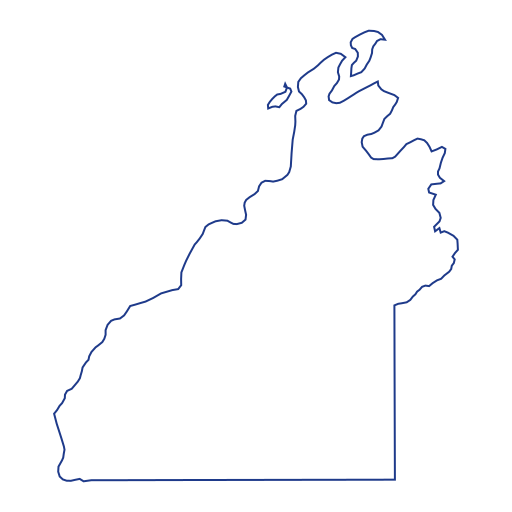 Icatu, Maranhão, Brazil
{"feature_id": "56859067B15059042141661", "entity_name": "Icatu", "entity_type": "district", "adm_level": 2, "iso_a3": "BRA", "parent_name": "Brazil", "parent_adm1": "Maranhão", "projection": "albers", "projection_center": [-43.84, -2.589], "detail": "fine", "context": "isolated", "style": "outline", "palette": "blue", "viewbox_px": 512, "rotation_deg": 0, "n_neighbors": 0, "source": "geoboundaries", "source_scale": "gbopen_adm2", "svg_char_len": 3836}
<svg xmlns="http://www.w3.org/2000/svg" viewBox="0 0 512 512"><path d="M83.6,481.3L91.4,480.2L96.2,480.2L101.8,480.2L110.0,480.2L114.3,480.2L196.8,480.0L207.8,480.0L320.1,479.8L327.1,479.8L384.0,479.7L394.9,479.7L394.5,348.1L394.5,343.7L394.4,305.4L398.2,303.8L401.5,303.3L406.7,302.3L410.3,299.9L412.8,296.6L415.4,294.3L417.1,291.6L419.5,289.8L422.1,286.8L425.4,285.6L429.1,286.1L432.7,283.1L437.1,280.3L441.1,278.8L444.4,275.4L449.2,271.7L451.2,269.0L451.8,265.7L453.8,263.1L454.7,259.4L452.5,256.7L455.0,253.0L457.9,249.8L457.6,243.5L457.3,239.7L453.5,235.8L447.8,232.6L444.3,231.2L440.7,232.6L439.4,228.1L435.1,231.3L434.1,226.8L439.5,221.4L440.7,217.9L439.4,212.9L435.5,208.9L433.1,204.9L433.4,200.0L435.8,194.7L429.1,192.5L428.3,188.8L431.3,184.4L437.4,183.7L440.6,183.4L444.1,181.1L439.9,177.8L438.0,174.6L438.0,171.5L439.5,168.4L440.9,162.7L442.6,157.7L444.8,153.1L445.4,148.9L441.9,146.9L436.6,149.5L431.6,151.4L429.5,146.8L427.1,143.0L424.3,140.3L421.1,139.3L417.5,138.6L414.3,140.1L410.2,142.3L406.4,144.1L403.9,147.1L400.4,150.8L397.1,154.5L395.1,156.7L392.4,158.2L387.8,158.5L383.4,159.0L378.8,159.3L373.6,159.1L371.1,157.6L368.7,154.2L366.1,150.8L362.6,146.7L361.7,142.2L362.3,138.6L363.9,136.2L367.4,134.7L371.3,134.0L374.4,132.7L378.5,130.4L381.5,126.6L382.9,122.8L384.4,118.9L387.3,116.1L390.1,113.8L391.9,110.4L393.3,107.0L395.2,104.5L396.7,102.1L398.1,97.9L394.4,95.1L388.2,92.8L383.9,91.1L381.3,89.3L378.3,85.5L377.8,81.5L373.8,83.5L370.4,85.4L367.0,87.1L359.0,91.2L356.3,92.8L353.6,94.6L350.9,96.3L347.8,98.3L343.7,100.8L339.8,102.8L336.3,103.2L332.4,102.4L329.1,100.1L328.6,96.4L329.5,93.7L331.9,90.5L334.3,86.0L336.9,83.1L339.0,79.5L339.2,76.5L337.9,72.2L338.4,67.5L340.1,64.2L342.1,60.7L345.4,57.2L340.8,53.8L336.0,52.8L332.0,54.6L327.8,57.1L324.0,59.7L320.5,62.8L318.0,65.3L313.9,68.7L308.0,72.4L304.3,75.3L300.9,78.2L298.3,81.9L297.9,87.0L299.0,91.5L301.9,94.2L304.2,97.3L305.9,100.4L306.2,103.7L303.5,106.8L300.5,108.9L296.4,110.9L295.2,115.9L295.4,121.6L295.2,125.3L294.2,131.9L292.7,139.6L291.6,152.9L290.8,166.5L289.2,172.1L287.4,174.9L282.2,179.2L277.4,180.7L273.1,181.6L270.0,181.1L265.2,180.8L261.5,182.7L259.1,186.3L257.9,191.0L254.6,194.1L249.6,197.2L246.2,199.9L244.7,202.6L244.2,205.7L245.1,210.3L246.1,214.8L245.5,219.6L241.8,222.8L236.8,224.1L233.4,223.9L230.6,222.5L227.4,220.7L221.6,220.2L215.5,221.3L211.4,223.1L208.6,224.4L205.4,227.0L204.1,230.3L202.7,234.0L199.7,238.5L196.7,242.3L194.7,244.5L189.7,253.6L186.2,260.6L184.3,265.0L181.4,272.4L181.1,279.1L181.2,285.2L178.2,289.1L172.3,290.1L161.1,293.4L153.1,298.0L145.5,301.6L140.6,303.0L135.3,304.6L130.2,306.0L126.8,311.5L124.1,315.4L120.0,318.5L114.5,319.4L111.1,320.8L107.6,324.8L105.6,330.1L105.6,334.8L104.3,338.8L102.3,342.1L98.1,345.5L95.6,347.3L91.5,351.9L89.2,356.3L88.5,359.8L86.0,362.4L82.6,367.4L81.8,371.4L80.7,375.1L79.9,378.2L77.8,381.6L74.6,385.4L71.7,388.8L67.1,390.9L65.0,394.6L64.8,398.2L62.1,403.1L59.6,405.8L57.1,410.0L54.1,413.7L56.7,423.7L59.7,433.0L61.3,438.0L62.5,441.9L63.9,446.5L64.5,449.7L63.8,453.5L63.2,457.7L62.0,460.4L58.5,466.6L58.2,471.7L59.7,476.5L62.8,479.4L66.6,480.7L70.9,480.8L74.8,479.9L79.7,478.9L83.6,481.3ZM382.0,34.9L378.0,32.0L374.1,31.0L368.7,30.7L364.5,32.3L360.0,34.5L355.1,37.2L352.5,38.9L350.7,42.3L350.9,45.3L352.2,48.0L355.2,49.0L357.8,52.8L357.9,56.5L356.2,60.7L353.9,62.8L351.9,65.0L351.4,68.2L351.2,72.0L350.9,76.1L353.7,75.3L357.8,73.5L361.3,72.2L364.7,68.5L366.8,64.5L369.3,60.8L370.6,57.5L372.0,53.1L372.2,49.3L373.3,46.3L375.4,43.6L377.0,41.0L380.5,39.2L385.0,39.7L382.0,34.9ZM287.0,87.5L285.4,91.8L280.6,93.9L277.2,94.5L274.8,96.4L272.2,99.0L269.8,101.9L267.9,104.9L268.2,108.5L272.3,106.8L275.4,106.4L279.3,107.2L281.9,104.0L286.8,99.9L289.3,95.5L291.4,91.6L290.2,88.6L287.0,87.5ZM287.0,87.5L285.2,83.8L284.3,86.5L287.0,87.5Z" fill="none" stroke="#1e3a8a" stroke-width="2"/></svg>